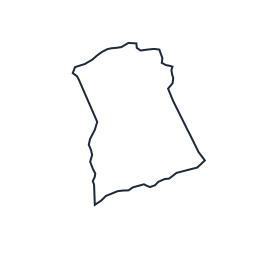 Olho d'Água Grande, Alagoas, Brazil, rotated 40°
{"feature_id": "56859067B53740067981783", "entity_name": "Olho d'Água Grande", "entity_type": "district", "adm_level": 2, "iso_a3": "BRA", "parent_name": "Brazil", "parent_adm1": "Alagoas", "projection": "equal_earth", "projection_center": [-36.798, -10.063], "detail": "fine", "context": "isolated", "style": "outline", "palette": "slate", "viewbox_px": 256, "rotation_deg": 40, "n_neighbors": 0, "source": "geoboundaries", "source_scale": "gbopen_adm2", "svg_char_len": 906}
<svg xmlns="http://www.w3.org/2000/svg" viewBox="0 0 256 256"><g transform="rotate(40 128 128)"><path d="M80.0,57.8L77.5,59.7L73.6,62.6L70.9,70.3L67.9,73.7L64.3,77.3L61.6,80.7L59.1,86.6L57.7,92.4L56.7,98.6L53.8,106.7L48.3,115.4L50.4,121.5L55.6,121.1L59.1,122.5L100.5,143.1L103.7,150.6L106.0,160.8L108.7,166.0L114.2,168.9L117.9,171.8L120.7,178.2L127.4,181.9L132.2,183.9L134.0,186.9L135.2,191.3L138.5,193.3L152.0,208.2L154.1,200.9L154.8,194.1L160.7,183.0L164.0,179.5L168.5,175.4L169.9,170.3L176.4,160.9L180.1,160.0L182.8,159.1L185.5,154.5L185.8,149.8L188.8,143.7L192.1,140.2L194.0,131.2L206.5,113.7L207.7,103.4L197.5,101.1L177.8,92.4L174.5,91.1L170.9,89.5L145.0,78.2L133.4,72.1L133.4,65.1L130.6,60.7L127.4,58.6L124.1,55.8L122.6,52.4L119.5,53.8L116.7,55.4L112.0,56.4L109.5,52.4L105.8,50.3L101.6,47.8L97.2,50.6L92.5,55.4L87.9,60.5L83.3,61.0L80.0,57.8Z" fill="none" stroke="#1e293b" stroke-width="2"/></g></svg>